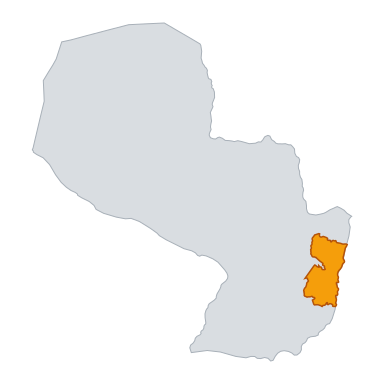 Alto Paraná on a map of Paraguay (orthographic projection)
{"feature_id": "PRY-616", "entity_name": "Alto Paraná", "entity_type": "Department", "adm_level": 1, "iso_a3": "PRY", "parent_name": "Paraguay", "parent_adm1": "", "projection": "orthographic", "projection_center": [-55.001, -25.353], "detail": "fine", "context": "in_parent", "style": "filled", "palette": "amber", "viewbox_px": 384, "rotation_deg": 0, "n_neighbors": 0, "source": "natural_earth", "source_scale": "10m", "svg_char_len": 7453}
<svg xmlns="http://www.w3.org/2000/svg" viewBox="0 0 384 384"><path d="M201.1,58.1L202.0,61.0L202.5,63.3L203.8,64.9L205.1,67.1L206.4,68.2L207.4,70.3L207.1,72.6L207.7,75.5L208.4,78.1L209.0,78.8L210.9,79.4L211.8,81.7L211.2,82.9L211.5,84.3L212.2,85.6L211.6,86.9L211.9,87.9L213.2,88.7L214.4,92.0L214.6,97.5L213.4,100.6L212.4,103.0L212.2,104.5L213.0,106.7L211.8,109.3L210.3,112.5L210.7,114.6L211.0,116.6L211.2,118.8L211.6,120.9L211.1,123.0L210.7,125.0L210.5,127.1L211.1,129.6L210.0,131.9L209.4,133.5L209.2,135.2L210.4,137.7L213.3,138.8L215.6,139.0L217.7,137.6L219.4,137.1L222.4,138.3L225.2,140.4L228.7,140.6L231.9,141.0L234.3,141.6L237.8,140.7L241.5,141.5L245.8,142.7L249.3,143.7L252.9,143.4L255.5,143.2L258.3,141.9L260.9,142.0L262.9,139.8L264.0,137.9L265.0,136.6L267.9,135.4L269.9,136.1L271.6,139.6L274.5,141.6L275.7,143.1L277.8,143.8L282.5,143.9L285.4,143.7L288.7,144.8L290.8,144.8L292.7,146.7L294.5,149.0L294.8,153.2L296.4,156.4L298.6,157.6L299.7,159.7L299.3,162.5L298.3,165.4L298.5,168.5L299.6,171.4L299.6,174.2L300.4,177.1L301.9,179.5L302.4,183.5L302.2,186.3L303.2,188.0L303.6,190.3L303.0,192.2L302.7,194.8L302.8,197.1L303.6,199.0L305.9,201.4L306.5,205.8L306.5,208.8L307.5,212.3L309.4,214.0L312.4,214.5L315.9,215.0L320.1,214.2L323.8,213.3L325.9,212.3L330.1,209.7L333.7,208.2L335.5,207.3L337.3,206.6L340.9,208.3L344.2,210.3L346.9,213.2L351.7,216.3L350.7,217.1L348.8,219.7L348.8,222.7L350.2,227.0L348.9,236.1L345.1,250.1L343.5,258.2L344.2,260.5L342.8,264.6L337.7,273.4L337.4,279.3L336.8,297.0L335.1,309.4L332.2,318.7L329.6,323.6L327.3,324.2L325.6,325.6L324.6,328.0L322.7,329.9L319.9,331.5L318.4,333.2L318.2,335.0L315.5,336.2L310.5,336.8L307.5,338.3L306.6,340.7L305.0,342.7L302.5,344.1L301.3,346.5L301.4,349.8L300.0,352.6L297.0,355.0L294.3,355.1L291.7,352.9L288.4,351.4L284.1,350.7L280.6,351.3L277.7,353.2L275.3,356.2L273.1,360.3L270.7,361.0L268.0,358.3L264.6,357.5L260.5,358.6L257.2,358.3L254.8,356.5L251.0,356.4L246.0,357.8L235.8,356.4L220.3,352.0L207.2,350.5L191.3,352.6L189.8,347.8L190.6,345.1L193.1,343.1L194.7,340.8L195.3,338.2L197.0,336.3L199.9,334.9L201.1,333.5L200.7,332.2L201.3,331.0L202.9,329.9L203.8,328.3L204.0,326.0L204.6,324.9L205.7,324.0L205.8,322.5L205.1,317.7L205.0,313.8L205.8,310.8L206.7,308.9L207.4,308.4L208.0,307.3L208.2,305.5L209.2,303.7L214.3,300.1L216.2,298.1L216.3,296.4L217.0,294.0L220.0,288.9L220.9,286.5L221.0,285.3L222.0,284.0L225.7,281.1L227.6,278.4L227.9,275.9L226.9,273.1L224.8,270.0L218.0,262.2L212.8,258.8L206.1,255.9L201.8,255.1L199.7,256.2L197.6,255.4L195.4,252.8L191.7,250.8L184.0,248.7L166.4,239.9L159.4,235.7L156.9,233.0L150.3,228.3L139.4,221.5L131.1,218.4L125.4,218.8L116.3,217.1L103.6,213.3L96.1,209.4L94.0,205.4L89.2,201.5L81.7,197.8L77.7,195.3L77.4,194.0L75.2,192.4L71.0,190.5L66.3,187.2L61.2,182.4L55.6,174.8L49.6,164.6L43.2,157.8L36.7,154.5L33.4,152.2L33.3,151.0L32.3,149.9L33.1,147.9L35.0,139.7L37.8,127.9L40.7,115.6L44.2,101.2L43.8,91.2L43.3,80.6L48.8,71.5L52.8,65.1L56.2,59.0L59.5,48.8L61.7,41.9L71.0,39.9L86.9,35.6L94.9,33.5L111.7,29.1L128.7,24.7L146.8,23.8L164.3,23.0L178.0,31.0L188.5,37.1L200.0,43.9L200.8,45.4L201.7,51.2L201.1,58.1Z" fill="#d9dde1" stroke="#a8b0b8" stroke-width="1"/><path d="M338.0,279.2L337.9,279.9L338.5,281.3L338.6,282.1L338.1,282.5L336.8,282.4L336.4,282.8L336.4,283.9L337.1,286.0L337.2,286.8L337.4,287.4L338.2,288.4L338.5,288.9L338.4,289.8L338.0,290.6L337.6,291.2L337.4,291.9L337.7,293.7L337.7,294.5L337.4,295.1L337.1,295.2L336.2,295.3L335.9,295.4L335.7,295.9L335.7,296.3L335.8,296.7L336.0,298.0L336.4,299.3L336.4,300.2L335.6,302.9L335.7,303.5L336.4,304.3L336.5,304.8L336.3,305.3L335.9,305.9L335.6,306.4L335.5,306.5L333.3,306.4L332.9,306.3L332.7,306.0L332.6,305.8L332.6,305.5L332.7,305.2L332.6,304.8L332.6,304.7L332.4,304.6L332.2,304.4L331.5,304.1L331.0,303.8L330.3,303.7L329.7,303.7L329.4,303.8L329.1,304.0L328.6,304.4L328.4,304.5L328.2,304.6L327.9,304.6L327.6,304.5L327.3,304.3L327.2,304.0L327.2,303.8L327.4,303.2L327.4,302.8L327.3,302.7L327.2,302.6L326.8,302.7L326.6,302.8L326.4,303.1L326.1,303.5L325.6,304.5L325.4,304.7L325.2,304.9L324.9,305.1L324.7,305.2L324.2,305.3L323.0,305.4L322.7,305.7L322.6,305.9L322.5,306.2L322.4,306.3L322.2,306.5L321.9,306.4L321.6,306.3L321.1,305.9L320.7,305.6L319.5,305.3L318.6,304.9L318.2,304.8L317.9,304.8L317.2,304.7L314.4,304.9L313.7,304.1L312.4,300.1L314.3,299.0L314.6,298.7L314.8,298.3L314.8,298.0L314.5,297.7L314.3,297.5L314.0,297.4L313.3,297.4L313.0,297.3L312.8,297.1L312.6,296.9L312.5,296.7L312.3,296.5L312.1,296.4L311.9,296.3L310.7,296.7L310.0,296.8L309.0,296.9L308.1,296.8L307.8,296.9L307.3,297.1L307.0,297.1L306.7,297.0L306.2,296.7L304.7,296.1L304.3,295.6L304.2,295.2L304.3,294.1L304.3,293.7L304.0,292.8L304.0,292.4L304.2,292.0L304.0,291.6L303.9,291.3L303.7,291.0L303.7,290.6L303.9,289.8L304.6,288.2L305.5,287.4L305.7,287.1L305.9,286.7L306.5,284.9L306.6,284.3L306.7,283.4L306.9,282.8L307.2,282.4L308.1,281.5L308.3,281.2L308.4,280.9L308.3,280.6L308.2,280.3L307.7,279.7L307.5,279.3L307.5,279.0L307.5,278.7L307.4,278.4L307.2,278.2L306.7,278.1L306.3,278.0L305.0,278.4L313.6,266.3L314.7,265.0L315.1,265.1L315.8,265.5L316.8,266.5L317.2,266.7L318.1,267.0L318.5,267.2L319.0,267.1L318.9,266.7L318.7,265.9L318.7,265.5L318.9,265.7L319.3,266.3L319.5,266.6L319.8,266.8L320.1,266.9L320.7,267.0L321.3,267.2L321.6,267.6L321.7,268.1L321.8,268.6L322.3,269.5L323.2,269.6L324.2,269.7L325.1,269.4L325.0,268.9L325.0,268.7L324.9,268.5L324.8,268.3L324.6,268.0L324.5,267.8L324.4,267.6L324.4,267.4L324.4,267.1L324.5,266.4L324.4,266.1L324.2,265.9L323.2,265.5L323.0,265.4L322.8,265.2L322.7,265.1L322.6,264.9L322.6,264.7L322.9,263.9L322.9,263.6L322.9,263.4L322.8,263.2L322.6,263.1L319.5,260.8L316.5,258.0L316.3,257.7L316.1,257.5L316.0,257.4L315.7,257.4L315.5,257.5L315.3,257.5L315.2,257.4L314.9,257.1L314.7,257.0L314.5,256.9L314.3,256.9L313.7,257.0L313.4,257.0L313.1,256.9L312.9,256.9L312.7,256.8L312.5,256.7L312.4,256.6L312.1,256.3L312.0,256.1L311.9,255.9L311.7,255.5L311.6,255.1L311.4,254.8L310.9,254.1L310.9,253.9L310.8,253.5L311.0,253.0L311.0,252.6L311.0,252.4L310.9,252.2L310.9,251.9L310.8,251.6L310.9,251.0L310.9,250.7L310.8,250.3L310.7,250.1L310.7,249.8L310.7,249.4L311.0,249.1L311.3,248.5L311.4,248.1L311.4,247.7L311.1,246.8L310.9,246.0L311.0,245.5L311.1,245.3L311.4,245.1L311.7,244.9L311.9,244.4L312.0,243.9L311.9,242.2L312.1,241.8L312.5,241.1L312.5,240.7L312.5,240.3L312.2,239.4L312.2,238.8L312.2,238.4L312.4,238.0L312.5,237.8L313.7,236.4L314.6,235.0L318.8,233.6L319.6,233.8L319.4,235.3L319.5,235.8L319.7,236.3L320.2,236.8L320.7,237.0L321.2,237.1L321.7,237.0L322.6,236.6L323.1,236.5L323.5,236.5L326.3,237.5L327.0,237.9L327.5,238.3L327.6,238.7L327.5,239.0L327.4,239.4L327.4,239.6L327.5,239.9L327.7,240.1L328.0,240.2L328.3,240.3L329.7,240.3L330.2,240.4L330.5,240.5L330.6,240.9L330.6,241.1L330.6,241.5L330.8,241.8L331.0,241.9L331.4,241.8L331.6,241.6L331.8,241.4L332.0,241.2L332.2,240.9L332.4,240.7L332.7,240.5L333.1,240.4L333.5,240.5L333.9,240.7L334.2,240.8L334.5,240.9L335.3,240.7L335.6,240.6L335.8,240.7L335.9,240.9L336.3,241.9L336.5,242.3L336.8,242.6L337.1,242.7L340.0,243.2L341.1,243.5L342.1,243.9L343.0,244.1L343.9,244.1L344.8,244.0L345.8,244.0L346.3,244.1L347.2,244.5L346.7,245.9L345.6,247.5L345.3,248.2L343.6,255.7L343.2,257.1L343.2,257.8L343.2,258.5L343.5,259.3L344.4,260.9L344.5,261.7L344.2,262.4L342.9,263.6L342.5,264.3L341.7,267.0L340.7,268.5L340.0,269.4L339.0,270.4L338.1,271.9L337.7,273.4L337.6,273.8L337.6,274.7L337.7,275.6L338.1,276.4L338.4,277.1L338.3,278.1L338.0,279.1L338.0,279.2Z" fill="#f59e0b" stroke="#b45309" stroke-width="1.5"/></svg>